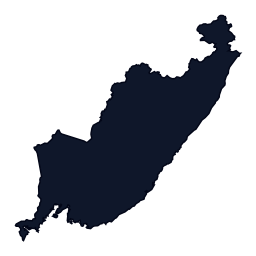 outline of Primor'ye
{"feature_id": "RUS-2611", "entity_name": "Primor'ye", "entity_type": "Territory", "adm_level": 1, "iso_a3": "RUS", "parent_name": "Russia", "parent_adm1": "", "projection": "orthographic", "projection_center": [134.86, 45.37], "detail": "fine", "context": "isolated", "style": "filled", "palette": "ink", "viewbox_px": 256, "rotation_deg": 0, "n_neighbors": 0, "source": "natural_earth", "source_scale": "10m", "svg_char_len": 5731}
<svg xmlns="http://www.w3.org/2000/svg" viewBox="0 0 256 256"><path d="M111.6,95.2L111.3,94.5L112.9,93.3L113.2,92.6L111.0,90.2L112.4,85.9L114.9,83.5L115.5,84.0L117.2,83.0L120.0,83.4L121.4,82.6L125.5,82.1L126.8,78.5L125.4,75.4L126.2,73.6L126.2,72.2L128.6,71.9L130.0,68.5L131.0,68.3L131.5,66.9L132.8,66.0L134.8,65.8L136.5,64.7L137.3,65.4L138.8,65.0L140.2,66.0L141.0,64.1L142.1,63.2L142.9,63.3L145.5,64.7L146.4,64.4L147.9,65.0L147.8,66.7L149.0,67.3L149.5,68.4L150.8,68.8L151.1,69.6L149.1,72.5L149.4,73.4L151.0,73.5L154.4,71.6L155.7,72.6L157.4,71.9L159.0,72.1L159.2,72.6L158.2,73.8L160.3,74.7L161.3,77.0L164.0,77.9L165.3,77.4L167.1,75.6L169.6,77.7L172.1,78.7L174.8,78.6L176.8,76.9L179.0,77.3L180.0,78.1L183.7,75.6L186.2,71.9L187.4,72.0L189.9,69.0L188.7,67.4L189.3,64.9L189.0,63.9L190.0,62.9L190.5,60.9L191.8,58.7L193.0,58.8L195.3,60.3L196.7,59.1L198.3,61.4L199.3,62.0L201.5,62.0L204.1,60.0L205.2,58.0L208.2,56.4L208.8,57.0L210.6,55.8L212.2,54.3L212.8,52.8L214.0,51.9L214.8,52.3L215.8,50.6L216.9,49.7L216.7,47.8L216.3,47.3L214.2,47.3L213.9,46.8L215.8,43.9L214.6,43.9L213.3,42.7L211.9,42.2L210.8,43.1L209.2,43.4L204.6,40.3L200.5,40.5L200.4,39.8L200.8,39.2L202.3,37.7L204.2,37.3L204.4,36.1L202.1,33.8L199.7,33.3L199.3,31.9L197.3,30.6L197.1,29.3L198.2,27.0L199.9,25.2L201.8,25.0L203.4,24.0L205.8,23.9L207.0,24.6L210.9,24.0L213.5,21.1L215.5,20.9L217.6,20.0L218.2,19.1L217.9,17.7L219.4,16.0L220.8,15.4L223.2,15.6L224.2,16.5L225.3,16.6L225.9,18.4L225.5,19.3L225.4,20.8L226.8,21.8L226.7,23.8L227.1,24.5L228.1,24.9L229.6,24.7L230.4,24.0L231.1,24.3L231.6,26.2L230.6,27.1L229.2,26.9L229.2,28.3L228.3,30.6L231.5,33.0L233.6,35.7L234.6,36.2L234.7,37.3L234.2,38.2L234.5,39.6L233.2,39.6L231.7,41.1L229.5,41.4L228.2,42.3L227.2,43.8L227.8,44.9L229.9,45.0L230.6,45.8L229.4,48.2L230.2,49.4L228.5,50.7L229.9,50.6L230.5,51.5L233.0,51.9L236.1,50.7L239.4,53.4L240.5,53.3L239.6,54.3L239.2,56.0L237.3,56.6L229.6,67.1L228.5,70.4L228.3,73.2L226.2,76.4L224.8,80.8L225.1,83.3L224.9,85.0L221.5,88.7L219.4,94.8L219.2,97.1L217.6,99.8L215.4,101.7L215.3,102.9L211.5,107.8L208.9,113.5L205.2,117.5L202.0,120.0L195.8,129.3L194.2,130.1L187.3,136.3L186.6,139.4L184.3,142.0L183.6,142.0L180.9,145.4L180.9,147.4L179.9,148.1L179.5,149.2L178.2,150.0L178.1,151.5L177.6,152.0L175.7,151.4L175.4,152.6L174.5,153.1L175.1,154.4L173.7,155.0L172.7,156.5L172.6,159.5L171.9,159.9L171.0,162.3L167.9,164.0L166.6,163.8L166.3,164.6L163.7,165.9L162.4,167.3L162.5,168.5L162.0,170.0L161.1,171.2L159.4,172.0L159.0,173.4L157.7,174.5L157.8,176.4L156.9,179.3L154.7,180.6L154.0,183.6L153.5,182.8L152.7,182.6L152.7,184.6L153.3,184.6L153.2,185.2L154.2,185.1L151.7,189.5L147.7,192.2L147.3,192.1L147.3,191.0L146.7,190.6L145.3,191.5L146.6,192.5L146.4,193.9L144.1,197.8L144.2,198.7L143.9,199.2L139.7,200.7L139.3,201.6L136.0,203.7L134.3,206.0L132.5,206.4L129.4,209.2L128.6,209.0L125.1,211.8L118.8,214.6L116.4,217.7L114.8,218.5L111.5,221.8L109.1,221.2L106.2,223.1L105.8,224.2L104.6,222.8L102.5,222.8L101.9,223.7L100.6,223.7L97.8,225.7L94.5,225.9L92.8,226.6L90.6,228.6L87.0,228.1L86.3,227.3L87.4,226.5L88.4,226.7L88.5,226.3L86.3,224.2L86.7,223.7L86.2,223.4L83.7,223.8L83.4,225.7L82.7,226.2L81.4,225.9L80.8,224.6L80.8,223.5L79.9,223.1L80.4,221.5L80.1,220.3L77.9,221.5L78.2,222.0L76.2,222.0L75.1,222.6L73.3,221.4L73.1,219.5L70.5,218.7L70.2,219.5L68.9,220.2L69.2,221.7L67.9,222.2L67.3,220.6L67.8,215.7L67.5,214.9L67.9,214.2L67.6,213.4L68.4,213.1L68.4,212.1L69.0,211.6L68.6,211.4L68.7,210.1L69.4,210.3L70.1,209.6L68.2,207.8L69.3,206.7L69.6,206.1L69.3,205.6L68.2,204.8L67.8,205.0L67.6,206.3L66.0,208.0L62.5,209.7L60.6,212.0L57.9,213.6L56.7,213.0L57.7,211.8L56.0,213.0L55.8,212.4L57.5,208.9L59.9,207.5L61.2,205.8L61.5,204.7L60.9,204.3L59.8,206.2L59.2,206.3L59.4,205.5L58.9,205.0L57.3,204.4L55.9,204.9L55.4,204.4L55.8,203.9L55.2,203.7L53.7,205.3L53.3,207.7L52.5,208.3L53.6,209.2L52.7,209.6L51.7,208.5L50.4,209.7L50.9,210.2L51.7,209.5L50.8,211.3L48.0,214.4L48.0,216.0L46.7,215.4L46.2,215.7L46.0,217.9L44.5,218.1L43.3,217.6L43.0,218.8L43.7,219.3L43.3,220.3L44.9,219.9L45.3,220.4L42.7,221.8L41.9,223.9L40.5,223.1L39.8,223.7L38.7,226.2L39.3,227.2L38.3,227.9L37.6,229.6L38.4,230.5L37.8,230.7L38.0,231.8L36.6,231.0L37.0,229.9L35.6,229.4L35.5,227.5L35.1,227.5L34.5,228.5L32.0,228.3L29.1,229.7L27.2,228.3L29.2,228.3L29.7,229.1L30.3,229.1L30.8,227.8L26.4,227.6L27.7,226.9L27.6,226.0L25.4,226.5L24.7,225.8L22.9,227.0L23.0,227.8L24.9,228.9L24.7,230.2L26.0,229.7L28.5,232.3L27.7,232.6L27.5,234.3L26.1,234.6L23.5,240.6L22.7,240.0L22.2,236.7L20.6,235.5L19.3,231.8L20.8,230.4L20.6,228.5L18.8,226.3L16.1,226.2L15.5,225.4L16.3,224.0L21.3,221.3L25.3,221.2L26.3,219.8L27.0,219.7L28.6,220.5L32.3,220.7L33.2,219.0L35.4,218.6L34.8,215.5L34.9,214.1L37.9,210.9L37.6,207.9L39.6,205.7L40.0,202.8L40.9,201.5L40.9,198.9L38.0,195.8L38.9,193.7L38.6,186.6L40.1,182.0L39.9,179.5L40.3,178.0L41.6,176.7L37.4,153.4L36.3,150.9L35.1,149.8L34.1,147.9L34.2,147.3L36.6,146.7L37.4,145.0L38.9,144.7L40.6,145.3L44.7,143.2L47.4,143.5L52.2,139.0L52.6,137.7L52.2,136.2L52.8,135.0L55.3,134.5L57.1,131.2L57.9,130.2L58.9,130.1L60.3,133.0L61.7,134.0L84.1,141.1L86.2,142.4L87.4,142.3L91.5,138.7L91.7,137.8L91.0,134.5L91.1,132.9L92.0,128.1L93.3,125.3L98.4,122.5L99.4,122.5L99.8,121.0L101.1,120.6L100.5,119.8L101.5,118.9L101.4,118.4L100.2,117.5L101.0,116.8L101.4,115.4L102.0,115.0L101.3,114.3L101.2,113.5L102.2,111.3L103.2,111.0L104.0,111.4L104.9,109.3L105.9,109.3L107.5,104.6L106.8,101.7L108.1,101.1L109.5,99.1L110.4,99.7L111.2,98.8L111.1,98.3L112.3,97.5L112.1,95.9L112.7,95.5L112.2,95.0L111.6,95.2ZM57.5,215.5L57.4,216.8L56.5,217.6L55.2,217.5L53.1,216.4L54.0,216.2L53.5,215.5L54.1,215.4L53.7,214.4L54.3,214.1L55.9,214.8L55.1,213.7L57.5,215.5ZM71.6,223.0L72.3,224.0L70.3,222.8L71.1,220.5L71.7,221.8L71.6,223.0Z" fill="#0f172a" stroke="#020617" stroke-width="1.5"/></svg>